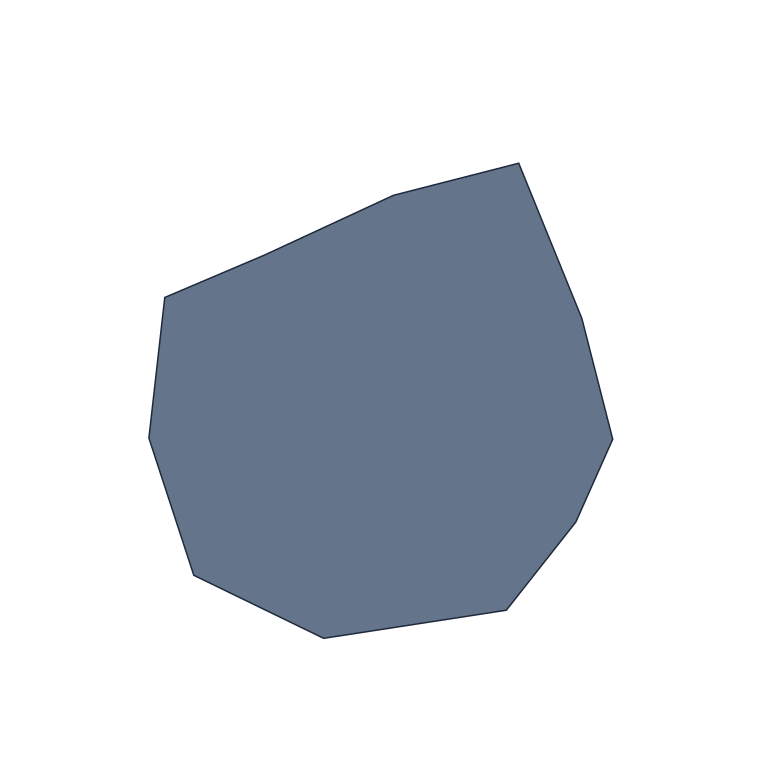 map outline of Naftalan (orthographic projection), rotated 28°
{"feature_id": "AZE-5561", "entity_name": "Naftalan", "entity_type": "Municipality", "adm_level": 1, "iso_a3": "AZE", "parent_name": "Azerbaijan", "parent_adm1": "", "projection": "orthographic", "projection_center": [46.827, 40.508], "detail": "fine", "context": "isolated", "style": "filled", "palette": "slate", "viewbox_px": 768, "rotation_deg": 28, "n_neighbors": 0, "source": "natural_earth", "source_scale": "10m", "svg_char_len": 314}
<svg xmlns="http://www.w3.org/2000/svg" viewBox="0 0 768 768"><g transform="rotate(28 384 384)"><path d="M399.3,125.8L527.9,233.2L611.9,325.4L618.2,415.8L598.2,526.3L450.1,636.9L305.9,642.2L201.8,542.1L149.8,410.5L217.9,326.3L303.8,212.9L399.3,125.8Z" fill="#64748b" stroke="#1e293b" stroke-width="1.5"/></g></svg>